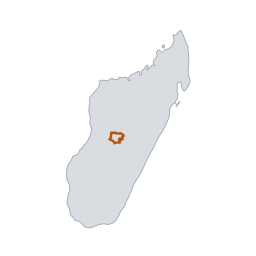 Mandoto, Vakinankaratra, Madagascar shown in context, rotated 10°
{"feature_id": "10022922B69129581267436", "entity_name": "Mandoto", "entity_type": "district", "adm_level": 2, "iso_a3": "MDG", "parent_name": "Madagascar", "parent_adm1": "Vakinankaratra", "projection": "mercator", "projection_center": [46.306, -19.727], "detail": "fine", "context": "in_parent", "style": "outline", "palette": "amber", "viewbox_px": 256, "rotation_deg": 10, "n_neighbors": 0, "source": "geoboundaries", "source_scale": "gbopen_adm2", "svg_char_len": 6175}
<svg xmlns="http://www.w3.org/2000/svg" viewBox="0 0 256 256"><g transform="rotate(10 128 128)"><path d="M167.2,28.3L167.9,29.9L168.7,31.4L171.1,35.0L172.2,36.4L173.1,37.9L173.5,40.9L175.1,45.6L176.5,52.6L177.0,59.7L177.5,63.1L178.6,66.2L180.5,69.4L181.1,73.0L179.9,76.7L178.3,80.2L177.8,80.9L177.1,81.8L176.7,81.7L175.4,80.8L174.3,79.3L172.9,75.9L172.4,74.1L171.8,73.8L170.2,74.0L169.1,75.1L168.8,75.8L169.1,77.7L169.5,79.5L169.7,81.3L169.8,83.5L170.2,84.2L170.8,84.8L171.5,86.3L171.6,89.8L171.2,91.6L170.1,93.1L170.2,94.0L170.6,94.9L170.2,95.4L168.7,96.1L168.0,96.6L167.2,98.2L165.9,101.4L165.7,103.0L166.6,108.0L166.3,111.5L164.6,118.3L163.7,121.5L162.3,125.4L160.2,130.5L158.1,136.9L156.3,143.5L155.0,147.4L153.5,151.4L151.5,158.3L149.8,165.4L147.2,173.2L143.6,181.9L143.3,183.1L142.5,187.5L141.7,191.4L140.8,195.3L138.8,201.7L138.6,203.7L138.1,205.6L136.2,209.6L135.4,211.1L134.8,212.7L134.5,214.7L133.9,216.7L132.5,220.3L130.4,223.4L129.0,224.5L125.9,226.2L124.4,226.5L120.9,226.5L117.5,227.5L114.1,229.3L110.7,231.4L109.4,232.3L108.0,232.9L103.5,233.0L102.2,232.6L97.8,229.2L96.1,228.6L92.8,228.1L91.8,227.9L90.9,227.4L89.6,225.6L87.0,224.1L86.3,223.7L86.0,222.6L85.7,221.5L85.0,220.3L84.5,217.9L83.6,216.3L81.2,213.4L81.0,212.4L80.8,209.3L80.9,207.3L80.6,203.5L80.9,201.7L81.7,200.0L81.4,198.3L80.5,196.5L80.2,194.6L79.5,192.9L77.0,189.8L76.4,188.2L76.0,186.7L75.0,181.8L74.9,180.1L75.1,176.5L75.4,174.6L76.0,173.3L76.2,172.4L76.6,171.5L77.2,170.9L77.6,170.1L78.5,165.5L79.7,164.5L81.5,163.9L82.9,162.7L83.7,161.1L84.5,157.8L86.8,154.5L87.6,152.7L89.4,150.1L90.9,146.5L91.4,144.7L91.8,143.0L92.2,139.1L92.5,137.2L92.4,135.3L91.5,133.3L89.3,129.8L89.3,129.1L89.4,126.5L89.3,124.6L88.5,122.7L87.4,120.9L86.4,117.6L85.9,112.1L86.0,110.1L85.7,108.3L85.0,106.6L85.5,103.7L92.0,93.1L92.2,91.9L92.0,88.7L92.1,86.8L92.3,86.1L92.8,85.7L93.9,85.5L99.2,85.0L99.9,84.7L101.2,83.8L103.0,82.1L103.8,81.6L104.5,81.8L105.0,82.5L105.6,82.9L107.7,82.2L108.5,82.1L109.3,82.3L109.7,81.5L109.9,80.6L110.2,79.9L110.8,79.5L113.5,79.3L115.3,79.0L117.5,78.4L118.0,78.5L119.8,80.9L120.4,81.1L121.1,81.2L121.7,80.8L120.2,79.5L120.0,78.8L120.1,78.0L120.9,76.3L122.2,74.9L125.1,72.9L128.2,70.6L129.1,70.5L129.8,70.8L130.4,73.6L130.3,74.0L130.8,74.1L131.4,73.7L131.9,72.6L131.9,71.7L131.5,70.8L131.3,70.1L131.3,69.4L132.8,67.8L134.0,66.3L134.6,64.4L135.1,63.6L136.4,62.6L136.7,62.8L137.0,63.5L137.2,64.4L136.9,65.2L136.4,66.0L136.2,67.1L136.9,67.3L137.6,67.0L138.6,65.1L139.8,63.2L140.4,62.3L141.3,61.6L142.7,61.7L144.1,62.1L141.8,60.2L141.3,57.6L143.9,53.0L144.0,52.0L144.4,51.7L144.5,51.4L143.2,49.8L142.9,49.0L143.1,47.9L143.7,46.8L144.3,46.1L145.2,45.8L145.9,46.2L147.4,47.5L148.4,47.7L149.6,46.5L150.6,45.0L152.0,43.9L153.7,43.3L156.3,40.9L158.0,35.9L158.1,34.4L157.7,32.6L157.2,31.0L156.2,28.9L156.4,28.4L157.8,28.7L158.3,28.4L159.8,26.5L162.3,23.0L163.2,23.0L163.9,23.6L164.2,24.6L164.6,25.3L166.3,27.0L167.2,28.3ZM149.6,42.3L149.7,42.9L147.7,42.7L147.4,40.8L148.4,40.7L148.6,39.9L149.1,39.8L149.8,41.5L149.6,42.3ZM173.1,96.2L171.4,99.0L171.9,96.7L173.8,93.3L174.3,93.0L173.1,96.2Z" fill="#d9dde1" stroke="#a8b0b8" stroke-width="1"/><path d="M125.2,136.5L125.1,136.4L125.1,136.2L125.0,135.9L124.9,135.9L124.6,135.8L124.4,136.0L124.3,135.9L124.1,135.8L124.0,135.7L123.7,135.1L123.2,134.8L123.0,134.7L122.9,134.8L122.7,134.6L122.3,134.6L122.0,134.8L121.9,134.8L121.8,134.6L121.7,134.5L121.6,134.4L121.5,134.5L121.4,134.5L121.3,134.4L121.2,134.4L121.1,134.5L120.9,134.6L120.7,134.9L120.4,134.8L120.3,135.0L120.2,135.1L119.9,135.1L119.7,135.2L119.4,135.0L119.2,135.1L118.9,135.2L118.7,135.2L118.4,135.1L118.3,135.3L118.2,135.3L118.1,135.1L117.9,134.9L117.7,134.9L117.4,134.9L117.3,135.0L117.3,135.3L117.2,135.3L117.1,135.5L116.9,135.5L116.7,135.4L116.6,135.2L116.4,135.2L116.1,135.2L115.7,135.1L115.7,134.9L115.4,135.0L115.3,134.9L115.1,135.1L114.9,135.3L114.6,135.1L114.4,135.2L114.4,135.3L114.2,135.5L113.9,135.7L113.7,135.5L113.7,135.4L113.7,135.2L113.1,135.4L113.0,135.6L112.9,135.6L112.6,135.6L112.4,135.7L112.2,135.5L112.0,135.8L112.1,136.0L112.2,136.3L112.2,136.6L112.0,136.9L112.0,137.0L112.2,137.3L112.4,137.3L112.5,137.4L112.7,137.5L112.7,137.8L112.5,138.1L112.6,138.4L112.7,138.5L112.8,138.6L112.8,138.8L112.7,138.9L112.8,139.0L112.7,139.2L112.7,139.4L112.6,139.5L112.4,139.6L112.3,139.8L112.4,140.1L112.5,140.3L112.7,140.7L112.7,140.8L112.6,141.0L112.3,141.2L112.3,141.4L112.3,141.5L112.2,141.5L112.3,141.5L112.2,141.6L112.3,141.8L112.2,141.9L112.3,141.9L112.1,142.0L111.9,142.1L111.9,142.3L112.1,142.5L112.4,142.9L112.5,142.9L112.8,142.8L113.0,142.8L113.1,142.6L113.4,142.7L113.7,142.9L113.8,143.0L114.0,143.1L114.4,143.1L114.7,143.0L114.8,143.0L115.1,143.1L115.3,143.2L115.4,143.3L115.5,143.4L115.5,143.5L116.0,143.4L116.2,143.7L116.3,144.0L116.3,144.3L116.4,144.5L116.5,144.6L117.0,144.7L117.2,144.8L117.3,144.9L117.3,145.0L117.2,145.3L117.3,145.5L117.5,145.4L117.6,145.2L117.8,145.0L117.9,144.9L118.0,144.9L118.3,144.6L118.3,144.4L118.5,144.3L118.7,144.5L118.9,144.6L119.3,144.5L119.5,144.4L119.8,144.3L120.0,144.2L120.1,144.3L120.4,144.2L120.5,144.2L120.8,144.0L120.9,143.9L121.0,143.9L121.2,144.0L121.3,144.0L121.5,144.0L121.8,144.0L122.0,144.1L122.3,144.0L122.2,143.8L122.1,143.7L122.2,143.4L122.3,143.3L122.2,143.2L122.3,143.1L122.0,143.0L122.0,142.9L121.9,142.8L121.7,142.7L121.8,142.6L121.7,142.6L121.8,142.4L121.6,142.2L121.6,142.3L121.5,142.2L121.5,141.9L121.4,141.9L121.4,141.7L121.2,141.6L121.1,141.4L121.1,141.2L121.3,141.2L121.6,141.3L121.7,141.1L121.8,141.2L121.8,140.9L121.7,140.9L121.8,140.9L121.8,140.7L121.8,140.3L122.1,140.1L122.2,139.8L122.1,139.7L122.3,139.7L122.4,139.9L122.5,139.9L122.5,140.0L122.6,139.9L122.8,139.8L122.8,139.7L123.0,139.6L123.1,139.8L123.3,139.9L123.5,140.0L123.5,139.9L123.5,139.7L123.6,139.8L123.6,140.0L123.7,139.9L123.8,139.9L123.8,140.0L124.0,140.1L124.3,140.1L124.3,139.9L124.5,139.8L124.4,139.7L124.3,139.4L124.1,139.3L124.1,139.1L124.3,139.0L124.2,138.8L124.3,138.8L124.3,138.6L124.3,138.4L124.0,138.2L123.9,137.9L123.9,137.7L124.0,137.6L124.3,137.8L124.3,137.6L124.2,137.4L124.3,137.4L124.6,137.5L124.8,137.4L124.9,137.2L125.0,137.1L125.0,136.9L125.2,136.7L125.2,136.5Z" fill="none" stroke="#b45309" stroke-width="2"/></g></svg>